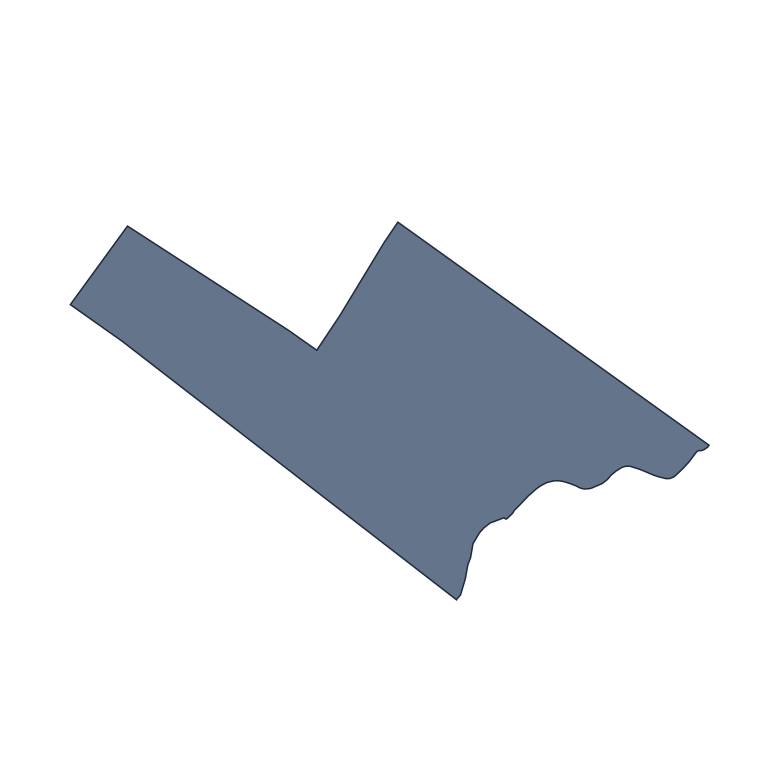 Brown, Ohio, United States of America, rotated 302°
{"feature_id": "52423323B39524161644268", "entity_name": "Brown", "entity_type": "district", "adm_level": 2, "iso_a3": "USA", "parent_name": "United States of America", "parent_adm1": "Ohio", "projection": "equal_earth", "projection_center": [-83.851, 38.947], "detail": "fine", "context": "isolated", "style": "filled", "palette": "slate", "viewbox_px": 768, "rotation_deg": 302, "n_neighbors": 0, "source": "geoboundaries", "source_scale": "gbopen_adm2", "svg_char_len": 900}
<svg xmlns="http://www.w3.org/2000/svg" viewBox="0 0 768 768"><g transform="rotate(302 384 384)"><path d="M382.0,82.8L285.1,75.9L281.5,139.2L239.4,559.9L240.2,559.8L245.6,560.7L261.9,556.2L274.9,551.0L283.0,549.3L295.7,544.1L308.4,543.8L315.0,545.0L322.3,547.6L334.1,556.6L334.0,559.0L335.2,559.7L342.7,561.6L345.9,561.5L352.8,563.1L365.6,565.7L376.2,568.9L381.3,571.1L387.0,574.5L392.3,579.9L394.9,584.2L396.8,589.1L398.0,593.9L399.4,601.0L399.6,604.4L400.2,607.2L401.1,609.5L404.0,613.6L406.1,615.5L415.4,621.9L421.5,624.1L427.2,624.9L433.1,626.9L439.2,629.9L441.9,632.1L444.5,635.9L447.3,646.7L449.5,660.5L450.5,665.0L453.3,673.6L455.4,676.6L458.7,678.9L460.7,679.7L470.3,682.2L479.2,683.9L492.5,685.1L494.7,686.6L495.4,688.2L498.1,690.3L502.1,692.0L504.3,692.1L528.6,310.0L504.0,309.1L419.1,310.3L377.0,309.1L378.9,274.8L382.0,82.8Z" fill="#64748b" stroke="#1e293b" stroke-width="1.5"/></g></svg>